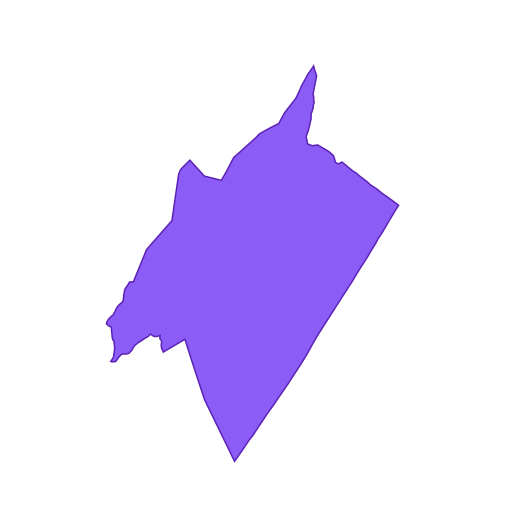 outline of Bejucal de Ocampo, Chiapas, Mexico, rotated 203°
{"feature_id": "50627088B40771166134628", "entity_name": "Bejucal de Ocampo", "entity_type": "district", "adm_level": 2, "iso_a3": "MEX", "parent_name": "Mexico", "parent_adm1": "Chiapas", "projection": "equal_earth", "projection_center": [-92.152, 15.488], "detail": "fine", "context": "isolated", "style": "filled", "palette": "violet", "viewbox_px": 512, "rotation_deg": 203, "n_neighbors": 0, "source": "geoboundaries", "source_scale": "gbopen_adm2", "svg_char_len": 3273}
<svg xmlns="http://www.w3.org/2000/svg" viewBox="0 0 512 512"><g transform="rotate(203 256 256)"><path d="M277.2,453.4L277.3,452.7L278.8,445.6L279.3,443.4L279.6,439.6L280.3,433.1L280.6,430.0L280.6,425.6L280.6,423.5L280.8,419.5L281.0,416.4L282.1,412.3L284.2,404.6L285.6,399.3L285.9,396.9L286.5,390.0L286.8,386.9L290.7,382.3L294.3,377.9L295.0,377.0L298.7,372.2L300.7,369.6L301.5,367.2L302.2,365.3L303.8,361.8L306.7,355.7L309.5,349.6L312.2,343.8L315.0,337.9L315.5,331.7L316.0,325.6L316.4,320.9L317.5,312.0L320.5,311.6L326.9,310.6L332.9,309.7L334.8,309.4L340.7,312.1L345.4,314.3L349.9,316.3L350.5,316.6L354.3,318.4L356.1,313.9L357.5,310.5L358.1,309.0L359.2,306.0L359.2,301.1L358.8,299.7L356.6,291.4L355.9,288.5L354.9,284.9L353.2,278.3L352.4,275.3L347.2,255.8L359.3,219.1L359.2,215.5L358.8,184.3L360.2,183.6L361.5,183.0L362.2,182.7L362.8,178.6L363.1,177.2L363.4,176.0L363.7,173.6L363.0,170.9L363.0,170.6L362.4,167.9L362.1,167.1L361.6,165.9L361.0,163.5L361.0,163.3L360.7,162.0L362.0,159.4L362.3,158.9L362.5,158.5L363.3,156.6L363.8,154.9L364.0,153.4L364.1,151.6L364.1,150.3L364.0,149.8L364.5,146.6L364.7,145.3L365.2,144.6L365.6,144.1L366.2,142.4L367.1,140.1L367.2,139.4L367.5,137.1L367.2,135.1L365.4,134.5L364.2,134.1L363.0,134.1L361.4,133.9L357.9,127.4L357.0,125.7L355.1,122.9L353.9,122.6L353.7,122.4L351.4,118.3L349.9,115.6L347.7,107.2L347.8,105.9L348.5,102.2L347.0,102.3L343.9,104.2L343.3,106.5L342.7,109.4L341.8,112.2L339.8,114.2L338.3,114.5L336.8,115.3L334.8,117.0L334.2,119.1L333.5,120.4L333.2,123.3L332.7,126.3L330.5,130.3L328.5,133.1L326.9,135.7L325.6,137.5L323.8,139.8L323.0,142.1L322.4,142.9L321.0,142.5L319.3,142.2L318.0,142.2L316.7,142.8L315.5,143.4L313.3,145.5L312.8,143.8L312.1,142.3L310.3,141.3L309.5,140.5L308.4,136.9L307.4,135.0L306.0,133.3L304.5,132.1L303.8,131.3L288.9,151.6L268.7,128.1L247.2,103.6L209.6,70.9L195.5,58.6L192.9,70.8L190.5,83.3L188.7,90.0L187.2,98.2L183.9,115.9L183.8,116.0L182.8,120.7L181.7,125.4L180.0,134.0L177.0,148.6L176.6,150.3L175.2,158.7L172.5,173.6L171.0,183.4L169.9,192.7L169.9,192.9L169.5,197.6L169.1,200.3L169.1,200.5L168.5,205.5L168.3,206.7L168.3,206.8L162.0,244.4L157.2,272.0L156.3,279.1L156.2,279.4L155.4,285.0L154.3,291.1L153.3,297.0L152.7,300.8L152.2,305.2L150.8,314.1L150.4,318.8L149.8,322.4L149.0,326.6L147.3,339.8L146.5,345.6L146.0,348.5L146.0,348.8L145.6,352.3L144.5,358.4L153.0,360.5L154.2,360.7L155.9,361.2L159.0,361.9L159.7,362.0L164.5,363.0L167.3,363.8L169.4,364.5L170.2,364.7L172.6,365.2L173.8,365.4L178.2,366.2L179.1,366.4L182.0,367.5L183.8,368.1L186.4,368.7L188.2,369.2L190.3,369.7L192.3,370.2L192.5,370.3L196.0,371.5L200.1,372.1L207.0,374.1L207.9,374.5L210.7,375.2L213.5,376.1L215.9,373.2L216.9,373.0L219.0,373.0L220.3,374.4L220.9,375.1L222.2,376.8L224.0,378.7L226.7,379.6L229.2,380.5L230.7,380.7L232.5,381.0L234.9,381.3L236.7,381.5L238.5,381.8L240.4,382.0L242.6,382.3L243.8,381.6L245.8,380.4L247.3,379.5L249.8,379.4L251.8,379.4L252.2,379.3L253.1,380.5L254.4,382.5L254.6,382.7L256.0,384.8L256.6,385.6L256.8,391.4L257.7,397.2L257.8,397.6L258.6,402.0L258.9,403.9L259.9,406.2L260.7,408.1L261.0,412.2L261.4,415.2L262.1,416.7L262.3,418.7L262.6,420.5L263.8,422.1L264.6,424.1L265.5,425.7L266.7,427.1L270.6,445.6L272.1,447.3L274.9,450.4L276.0,451.8L277.2,453.4Z" fill="#8b5cf6" stroke="#5b21b6" stroke-width="1.5"/></g></svg>